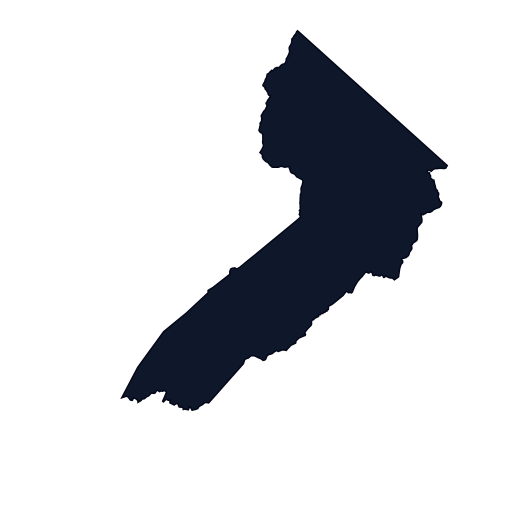 the district of São João da Baliza, Roraima, Brazil, rotated 222°
{"feature_id": "56859067B56754764067741", "entity_name": "São João da Baliza", "entity_type": "district", "adm_level": 2, "iso_a3": "BRA", "parent_name": "Brazil", "parent_adm1": "Roraima", "projection": "natural_earth1", "projection_center": [-59.862, 0.77], "detail": "fine", "context": "isolated", "style": "filled", "palette": "ink", "viewbox_px": 512, "rotation_deg": 222, "n_neighbors": 0, "source": "geoboundaries", "source_scale": "gbopen_adm2", "svg_char_len": 4662}
<svg xmlns="http://www.w3.org/2000/svg" viewBox="0 0 512 512"><g transform="rotate(222 256 256)"><path d="M375.8,451.2L375.9,449.8L375.3,448.6L375.1,447.0L375.0,444.7L374.5,443.4L374.6,441.4L372.9,439.3L371.7,437.2L371.2,434.3L370.6,432.8L367.6,430.2L366.5,427.5L365.6,424.2L365.4,422.7L364.1,421.1L363.6,419.7L363.4,417.9L364.7,416.0L365.1,413.8L364.8,411.8L366.9,409.7L367.5,408.3L367.4,405.0L368.6,404.5L368.8,401.7L368.6,400.4L369.3,398.6L368.1,396.6L367.4,395.1L367.3,393.9L366.2,391.5L365.2,387.5L364.1,387.1L362.6,387.4L361.5,386.7L360.6,386.1L359.5,386.3L358.2,385.8L356.2,385.3L355.3,384.4L354.1,384.1L352.0,384.4L351.8,382.0L351.5,380.7L351.6,379.4L350.9,378.7L351.0,376.9L350.4,376.0L348.9,375.5L347.9,374.3L347.5,372.4L346.9,370.5L347.1,368.9L346.7,367.0L346.3,365.5L346.1,363.9L344.0,362.2L342.2,360.2L342.0,358.8L341.6,357.0L340.4,356.3L339.9,355.0L338.7,353.1L338.1,351.5L336.9,351.0L335.5,350.7L333.7,351.4L331.6,350.2L328.6,346.9L327.5,345.3L326.4,344.3L325.4,343.9L324.1,342.8L322.9,339.1L322.3,335.5L320.3,335.6L319.0,335.5L317.6,333.9L315.3,332.9L312.1,332.8L309.2,333.5L306.6,332.9L303.5,332.8L302.5,333.6L298.6,337.1L298.0,338.5L297.1,339.7L294.1,341.2L291.4,344.4L288.1,342.6L286.7,341.7L285.0,341.6L281.9,342.7L278.7,342.1L272.5,343.7L271.1,343.0L269.1,339.6L268.4,337.6L267.6,336.1L265.3,333.9L264.4,332.6L264.2,331.3L263.3,330.6L262.4,329.2L260.6,327.1L259.5,325.8L258.9,324.8L258.0,324.2L255.8,321.8L254.5,320.7L254.1,318.7L253.0,318.7L252.4,317.3L251.5,315.7L250.3,315.6L249.0,314.5L249.5,309.7L257.6,255.5L259.0,246.8L260.5,236.6L261.5,233.7L262.5,233.2L263.7,233.1L265.5,231.0L266.1,229.3L265.6,228.2L264.9,226.6L263.7,225.6L263.3,224.5L266.9,203.9L268.6,198.4L267.0,196.6L269.6,166.9L271.0,157.9L274.0,138.0L273.2,130.5L272.6,124.9L271.2,111.1L269.4,94.2L260.9,60.8L259.3,63.6L258.7,64.9L256.8,65.7L254.8,65.3L253.4,64.9L252.1,65.3L251.3,66.0L251.8,67.4L251.6,69.1L250.2,69.3L249.2,69.6L248.1,69.6L246.5,69.1L245.8,68.3L244.7,71.7L245.0,73.4L243.6,75.0L243.0,78.4L242.2,80.1L242.1,84.1L239.8,85.7L239.3,87.0L239.8,88.8L239.4,90.3L237.0,90.6L236.2,92.3L234.8,93.0L234.7,94.2L232.8,95.1L231.4,95.0L231.0,93.6L230.4,92.2L228.2,85.6L227.1,85.7L227.1,88.1L226.7,89.5L224.7,90.1L223.4,91.2L221.7,89.3L217.1,90.5L216.7,92.4L216.0,93.5L214.8,93.8L213.5,93.0L212.0,92.4L209.1,94.6L207.3,93.3L206.3,94.8L204.3,95.8L203.4,96.4L203.8,97.8L204.8,98.9L203.4,99.7L202.0,99.2L200.3,98.6L199.2,100.3L198.5,101.1L197.2,103.6L197.5,105.0L197.6,106.3L196.2,110.1L196.3,111.2L195.4,113.6L192.9,115.1L192.9,117.4L193.0,131.3L193.1,136.6L193.3,167.4L195.1,171.6L194.4,173.4L193.4,175.1L193.1,177.8L192.6,179.0L191.4,179.8L190.8,180.7L185.9,182.1L183.8,182.9L180.8,183.2L180.0,184.4L179.7,185.5L180.9,188.9L180.8,190.5L180.2,191.9L178.8,193.9L178.1,197.8L177.3,199.7L175.6,199.9L173.7,203.7L172.3,204.9L170.3,206.1L170.4,207.8L170.3,213.1L168.9,216.3L168.3,217.8L169.2,219.2L169.5,220.5L169.1,224.1L167.1,228.3L166.3,229.9L166.8,230.9L168.4,231.6L168.8,234.0L168.9,237.3L168.7,241.4L169.3,242.8L170.2,243.6L170.9,244.4L171.5,246.4L170.6,247.1L170.7,248.8L170.0,250.7L169.1,253.0L170.0,254.4L168.8,255.6L169.3,256.8L167.9,257.9L167.9,259.6L167.1,260.2L167.2,261.6L166.4,262.6L167.0,263.6L166.4,264.6L167.8,266.3L168.5,267.4L167.4,270.0L166.9,272.1L164.9,284.9L165.1,287.5L165.3,290.1L163.8,290.7L162.8,290.5L161.7,291.8L160.4,292.4L160.2,293.5L162.2,298.9L163.4,304.7L163.6,309.7L163.4,311.4L163.8,317.3L162.4,318.4L161.2,318.4L160.5,319.2L160.4,320.5L159.4,321.4L158.2,321.1L156.3,319.9L155.0,320.5L154.3,322.1L152.7,322.8L151.1,323.5L150.3,324.4L150.3,325.6L149.6,326.2L148.4,326.2L146.8,325.5L146.2,326.4L146.4,328.2L144.7,328.3L142.0,329.2L139.8,330.9L138.7,330.9L137.2,330.9L136.1,335.9L136.9,337.0L140.8,342.8L142.6,346.7L142.6,349.2L143.6,350.4L145.5,350.7L145.7,352.0L144.4,353.7L143.5,355.1L143.0,358.2L143.3,359.3L144.5,361.8L144.7,364.6L145.4,366.2L147.5,367.8L147.6,369.6L148.0,370.7L147.1,373.9L147.0,375.4L147.4,376.5L150.0,379.7L154.0,383.5L155.2,385.1L155.4,391.9L156.8,393.9L161.6,397.7L159.5,398.3L159.0,399.9L158.4,401.2L158.2,402.8L155.9,405.0L155.2,406.9L155.1,409.1L153.8,412.2L152.4,414.5L152.2,416.5L152.7,418.3L153.8,420.0L154.9,420.1L156.2,419.8L157.3,420.3L158.2,421.0L159.9,421.6L160.8,422.8L161.5,424.1L162.6,425.0L163.6,424.9L165.0,426.0L167.1,426.1L169.6,427.9L171.7,429.2L173.9,430.9L174.8,431.4L175.4,430.5L177.1,430.9L178.4,430.5L179.9,432.4L182.1,433.1L182.7,433.9L183.7,432.9L185.8,433.9L185.1,435.6L183.4,435.9L182.4,436.4L182.3,438.7L181.7,440.2L181.0,441.1L179.8,442.2L178.0,444.3L174.5,447.1L173.8,448.4L174.4,451.2L202.7,451.2L234.8,451.2L375.8,451.2Z" fill="#0f172a" stroke="#020617" stroke-width="1.5"/></g></svg>